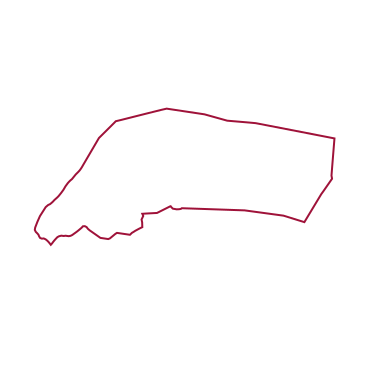 Jardan, Shabwah, Yemen, rotated 129°
{"feature_id": "15242507B34069744154073", "entity_name": "Jardan", "entity_type": "district", "adm_level": 2, "iso_a3": "YEM", "parent_name": "Yemen", "parent_adm1": "Shabwah", "projection": "albers", "projection_center": [46.986, 15.184], "detail": "fine", "context": "isolated", "style": "outline", "palette": "rose", "viewbox_px": 384, "rotation_deg": 129, "n_neighbors": 0, "source": "geoboundaries", "source_scale": "gbopen_adm2", "svg_char_len": 1664}
<svg xmlns="http://www.w3.org/2000/svg" viewBox="0 0 384 384"><g transform="rotate(129 192 192)"><path d="M239.5,293.6L240.1,293.5L242.0,293.2L243.9,293.0L245.9,292.9L247.8,293.0L249.7,293.2L251.5,293.4L253.4,293.4L255.5,293.4L257.5,293.4L259.5,293.8L261.3,294.0L263.3,294.1L265.3,294.0L267.3,293.9L269.2,293.6L271.2,293.3L273.2,293.2L275.1,293.1L277.2,293.1L279.2,293.1L281.2,293.3L283.0,293.6L284.9,293.9L286.8,294.0L288.9,294.3L290.8,294.7L292.6,295.6L295.8,296.2L306.4,295.0L312.4,293.4L315.5,292.4L318.3,291.5L320.4,290.3L321.3,288.3L321.5,286.3L321.8,284.5L322.7,282.9L323.3,281.1L322.7,279.3L321.4,278.0L320.9,276.0L320.9,274.0L321.1,272.1L321.5,270.1L321.9,268.5L320.0,268.4L318.1,268.5L316.3,268.5L314.3,268.4L311.8,268.2L310.1,267.5L308.2,266.1L306.9,264.0L305.5,262.7L304.7,261.3L303.9,260.0L302.5,258.8L300.8,258.0L298.9,257.5L297.1,257.0L295.2,256.5L293.4,256.1L291.4,255.7L289.3,255.3L287.3,255.2L286.0,253.8L285.6,251.8L286.1,249.9L286.2,247.5L285.3,234.3L282.0,228.7L281.3,227.5L279.7,226.6L272.8,225.2L271.0,224.6L264.3,213.3L263.5,213.2L261.6,213.0L259.8,212.3L257.9,211.7L256.2,211.0L254.3,210.2L252.5,209.4L250.6,208.5L247.0,211.6L245.1,213.9L241.3,214.8L240.2,216.9L237.7,214.2L230.3,206.0L216.8,199.9L216.6,199.8L216.5,199.5L216.7,199.2L217.0,196.4L215.1,193.0L213.5,191.2L212.1,190.0L211.0,189.7L173.2,139.6L152.8,106.0L144.7,85.7L112.3,90.2L108.6,90.4L93.6,91.5L93.2,91.9L91.5,93.9L83.8,99.2L60.7,115.0L67.4,127.6L98.4,185.8L102.2,191.5L114.4,209.5L123.8,231.2L143.2,264.2L144.0,264.8L147.3,267.4L159.9,276.9L172.3,286.2L180.7,292.5L185.0,295.8L186.5,295.9L208.6,298.3L239.5,293.6Z" fill="none" stroke="#9f1239" stroke-width="2"/></g></svg>